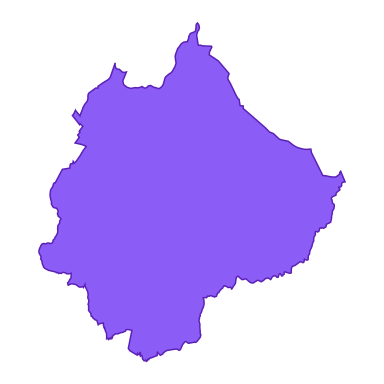 Juchique de Ferrer, Veracruz, Mexico (Equal Earth projection)
{"feature_id": "50627088B55369972555828", "entity_name": "Juchique de Ferrer", "entity_type": "district", "adm_level": 2, "iso_a3": "MEX", "parent_name": "Mexico", "parent_adm1": "Veracruz", "projection": "equal_earth", "projection_center": [-96.665, 19.824], "detail": "fine", "context": "isolated", "style": "filled", "palette": "violet", "viewbox_px": 384, "rotation_deg": 0, "n_neighbors": 0, "source": "geoboundaries", "source_scale": "gbopen_adm2", "svg_char_len": 5896}
<svg xmlns="http://www.w3.org/2000/svg" viewBox="0 0 384 384"><path d="M345.1,181.9L340.7,171.3L339.8,172.4L339.5,174.2L337.4,176.0L335.4,177.1L331.3,176.9L325.7,175.8L322.8,175.5L311.4,152.5L310.9,149.1L306.1,149.4L303.1,149.1L297.9,147.7L295.3,146.5L293.0,145.0L288.3,141.3L280.5,139.6L279.3,139.1L273.4,133.6L269.5,132.0L264.7,127.2L243.1,108.4L243.3,106.0L240.1,105.6L239.1,99.4L237.8,98.4L235.8,94.8L230.6,83.9L227.9,79.1L227.9,77.1L229.1,73.6L218.3,60.9L209.3,54.9L209.4,52.3L211.8,47.1L211.4,46.2L202.9,45.9L200.9,45.3L198.2,45.1L196.6,35.0L197.9,31.0L198.8,30.0L199.4,27.8L199.0,25.4L198.4,24.2L197.5,23.0L196.4,24.1L196.0,25.9L196.1,27.3L195.3,31.5L190.5,33.4L189.4,35.1L188.8,36.7L188.4,39.1L187.4,41.2L187.5,41.6L183.8,42.1L181.3,43.7L178.6,47.6L177.8,48.3L175.5,54.6L175.2,56.5L175.5,59.5L176.1,63.1L174.8,67.1L174.1,68.0L172.9,70.5L171.2,72.7L168.5,74.4L165.6,76.9L165.1,77.9L163.4,83.8L162.5,85.8L161.0,87.3L159.4,88.5L158.1,88.5L154.9,87.4L154.2,87.5L150.8,85.5L148.4,85.8L147.5,87.0L145.7,88.0L144.6,88.1L141.8,86.5L140.8,87.2L137.5,87.9L135.5,87.6L130.7,88.4L126.9,87.2L123.6,84.5L122.8,80.9L126.4,72.0L124.5,72.4L122.5,72.2L119.3,69.3L117.7,69.2L116.1,68.4L115.1,65.9L115.2,62.9L110.3,77.2L108.5,79.4L103.0,82.8L98.0,86.3L97.9,88.1L95.6,88.1L88.7,93.2L88.1,94.6L87.9,96.6L88.0,98.2L87.3,101.1L84.9,104.1L83.1,107.3L82.5,109.3L80.5,114.1L80.0,115.9L75.8,110.8L75.5,110.2L73.7,114.0L72.4,115.5L79.6,124.7L80.1,123.7L82.8,126.3L79.2,131.3L80.0,132.3L77.7,135.1L78.9,136.7L78.8,137.0L79.2,137.4L75.1,143.0L81.7,144.5L84.2,145.4L86.2,146.5L83.4,150.2L81.5,153.2L80.9,154.5L76.5,160.9L74.3,163.1L73.2,161.4L72.8,163.5L70.5,163.9L70.0,165.7L69.8,168.1L62.4,169.3L55.2,182.9L54.3,182.8L53.3,184.3L52.8,186.6L51.2,188.9L50.5,190.4L50.0,195.1L50.4,198.0L51.4,201.5L51.4,204.2L53.0,207.0L54.4,207.9L56.3,208.1L57.4,209.4L58.2,210.9L58.2,211.6L57.7,212.4L57.5,213.7L57.6,214.8L58.3,215.2L58.3,216.4L59.6,217.2L60.8,218.6L60.7,219.5L60.0,220.3L59.6,221.4L59.6,223.1L57.9,225.7L57.6,228.7L57.8,230.9L57.6,232.6L57.2,233.8L55.8,236.4L55.1,237.1L54.7,238.6L53.4,239.8L53.0,240.4L53.1,241.2L52.9,242.0L51.5,243.4L49.9,243.5L49.1,243.1L47.5,243.0L45.6,243.9L44.1,243.5L42.3,243.8L41.2,245.1L39.5,248.6L38.9,251.1L39.1,253.1L40.4,255.4L41.2,257.2L40.6,258.8L41.8,260.8L42.4,264.0L43.6,267.0L44.6,268.2L48.4,270.3L55.7,272.0L56.3,272.7L56.9,272.5L57.9,272.8L58.7,273.5L59.2,273.1L61.2,273.4L62.8,272.4L64.0,272.4L64.7,272.8L65.8,272.9L66.5,273.7L67.2,273.8L68.6,273.9L71.2,273.3L71.0,278.1L69.7,279.6L68.5,282.1L67.6,282.9L68.2,285.2L70.8,284.0L71.9,283.8L73.6,284.1L75.8,284.5L79.0,286.9L80.1,287.2L80.6,287.0L83.0,286.8L83.4,287.5L85.0,284.5L85.1,285.9L85.9,288.0L87.3,290.8L87.9,292.5L88.1,295.0L87.8,297.4L87.9,298.2L88.9,300.2L88.4,303.6L88.0,304.2L88.6,305.2L88.6,310.5L90.8,313.4L91.2,316.2L91.9,316.3L93.0,318.0L94.2,318.9L94.6,319.6L95.2,319.7L97.0,320.7L98.2,324.8L99.3,323.8L103.4,323.0L103.5,325.9L104.4,327.4L104.0,327.6L104.9,329.3L105.1,329.2L105.4,331.0L106.5,333.3L106.7,337.8L106.6,338.9L107.0,338.9L107.5,337.5L107.6,338.2L108.4,338.7L108.7,339.5L109.1,339.2L109.7,338.2L110.6,338.8L110.6,338.1L111.7,338.4L111.9,337.6L112.3,338.5L112.4,337.1L113.0,335.6L115.7,333.7L116.3,333.9L118.1,333.8L120.3,332.8L122.8,332.3L125.5,331.1L126.0,329.7L128.1,329.5L131.9,330.3L128.3,348.4L129.8,350.7L137.1,355.1L137.5,353.6L137.8,354.1L138.7,354.6L139.2,354.0L139.8,352.6L140.5,353.0L140.1,353.6L139.9,353.2L139.5,353.8L140.4,354.6L140.1,355.0L140.4,356.1L141.2,355.3L142.2,356.2L142.3,357.7L142.6,359.0L144.1,360.8L145.3,360.8L145.6,360.1L146.5,360.8L146.7,360.4L147.2,360.3L147.0,361.0L147.2,360.9L147.8,359.5L148.2,359.0L148.8,359.5L149.4,358.5L150.4,357.9L151.1,357.9L157.2,355.5L157.2,353.6L157.5,352.3L160.3,355.3L162.8,354.0L163.2,353.0L164.1,352.5L164.9,351.5L167.3,350.4L174.7,349.2L176.4,349.1L177.2,349.1L178.6,350.1L179.2,350.3L180.4,349.6L182.6,344.6L185.0,341.7L185.8,341.5L188.5,343.3L194.5,342.2L195.5,342.4L196.7,341.8L200.2,337.4L200.8,334.9L200.2,333.1L200.2,331.0L199.8,327.6L199.9,324.4L198.9,320.1L199.5,318.7L199.4,317.3L200.2,316.1L200.2,314.2L201.6,311.9L202.1,309.6L203.1,307.8L203.9,304.9L204.1,303.2L204.0,300.6L203.2,297.8L205.7,297.5L206.4,297.8L207.9,296.0L209.1,296.3L210.5,295.7L211.9,295.9L212.8,296.5L214.1,296.6L214.4,297.0L216.4,296.3L216.7,295.3L217.7,293.1L218.5,292.5L218.8,292.6L219.5,291.0L220.4,290.2L220.9,289.4L222.7,288.1L222.9,287.3L224.3,285.7L227.2,286.8L227.9,287.5L230.4,287.3L231.2,288.0L231.6,289.0L231.9,288.9L233.5,286.0L234.5,285.0L234.5,284.8L235.5,283.2L235.8,280.3L236.5,277.1L238.0,276.2L241.8,279.5L243.2,279.6L244.9,278.9L245.8,279.0L246.8,279.5L249.7,282.1L251.6,283.0L253.4,282.9L257.3,280.4L258.7,280.5L261.2,281.8L261.9,281.2L262.5,281.1L263.4,280.5L265.0,279.0L266.2,278.3L267.6,278.0L269.1,278.4L270.6,279.6L271.0,279.2L272.1,277.1L273.0,276.3L274.2,275.8L275.8,275.9L276.5,277.0L277.5,277.4L278.2,277.2L279.2,273.9L280.3,273.7L280.9,274.5L281.3,275.6L281.8,276.0L282.8,275.7L283.0,274.9L284.2,274.2L284.1,273.0L284.4,272.0L284.6,271.8L289.7,273.3L291.1,273.0L291.3,272.2L291.3,268.9L292.1,266.6L295.4,265.2L300.0,261.8L301.3,261.9L302.7,262.6L303.3,262.6L304.0,261.9L304.4,259.1L306.1,260.0L307.4,260.1L307.9,259.8L308.2,259.1L308.2,257.0L308.4,255.5L309.5,254.0L309.9,250.8L311.8,246.8L312.9,242.2L313.7,241.2L313.7,238.4L313.9,237.4L315.4,234.6L315.2,232.0L315.4,231.7L316.0,231.5L317.8,232.0L318.2,231.7L319.0,231.1L319.6,228.6L320.1,227.9L321.2,228.2L322.0,227.7L323.4,228.3L325.9,227.0L326.5,224.2L329.1,223.1L330.7,222.1L331.5,218.5L331.6,216.1L332.3,213.2L332.5,210.5L333.3,209.9L334.0,208.3L334.3,205.0L333.9,204.2L332.5,203.1L332.0,199.8L331.5,199.2L331.3,198.1L331.9,197.3L333.6,196.1L335.9,195.3L336.1,193.5L336.6,192.5L339.9,189.8L339.6,188.7L339.0,188.1L338.7,187.3L339.4,186.8L340.4,187.0L341.0,186.7L341.7,185.6L341.6,183.6L342.6,182.3L345.1,181.9Z" fill="#8b5cf6" stroke="#5b21b6" stroke-width="1.5"/></svg>